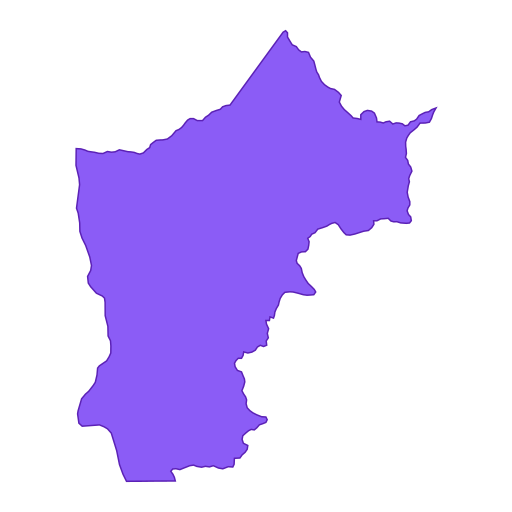 Quiterianópolis, Ceará, Brazil (orthographic projection)
{"feature_id": "56859067B30046972557258", "entity_name": "Quiterianópolis", "entity_type": "district", "adm_level": 2, "iso_a3": "BRA", "parent_name": "Brazil", "parent_adm1": "Ceará", "projection": "orthographic", "projection_center": [-40.719, -5.874], "detail": "fine", "context": "isolated", "style": "filled", "palette": "violet", "viewbox_px": 512, "rotation_deg": 0, "n_neighbors": 0, "source": "geoboundaries", "source_scale": "gbopen_adm2", "svg_char_len": 4078}
<svg xmlns="http://www.w3.org/2000/svg" viewBox="0 0 512 512"><path d="M78.9,423.2L82.2,426.2L99.5,424.9L104.1,426.8L107.5,428.8L111.3,433.1L116.7,450.7L119.5,464.6L123.0,474.2L126.5,481.3L144.9,481.2L150.6,481.1L170.3,481.0L175.3,481.0L174.4,477.4L172.9,474.2L170.8,471.3L172.7,469.0L175.9,468.7L179.9,469.6L184.1,467.9L186.7,466.9L189.7,465.7L193.6,465.1L196.8,466.4L201.6,467.2L205.4,466.3L209.5,466.9L213.3,465.7L218.4,468.0L222.8,468.8L228.2,466.7L232.8,467.0L234.1,464.3L234.4,458.3L239.9,458.0L242.1,454.9L245.1,452.3L247.2,449.3L247.8,445.5L243.4,443.3L242.1,439.4L242.8,435.7L245.8,433.0L248.6,430.7L251.2,429.4L254.3,429.9L256.8,427.8L259.4,424.8L262.7,423.7L265.9,422.4L267.2,419.7L265.9,417.0L261.5,416.7L256.5,414.7L252.8,412.8L249.8,410.6L247.2,407.8L246.1,403.7L246.6,399.9L245.6,396.9L243.7,394.1L241.9,390.7L243.7,386.1L244.8,381.9L244.4,378.9L243.1,375.9L241.5,371.9L237.4,370.4L235.1,366.7L234.5,363.2L236.0,360.6L238.2,358.3L241.5,358.3L243.1,355.4L243.7,351.9L247.8,353.0L251.9,352.1L255.3,350.2L257.4,347.0L260.3,345.3L263.6,346.5L266.7,345.2L266.2,341.0L268.3,337.8L267.3,333.4L268.6,328.7L266.5,324.1L265.9,320.5L269.4,320.5L270.0,316.9L273.5,318.1L274.4,315.5L274.9,312.0L276.4,308.4L278.4,305.1L279.1,301.9L280.2,298.4L282.3,294.9L284.9,292.3L289.9,291.8L293.1,292.0L298.4,293.3L303.3,294.7L307.0,295.2L310.4,295.0L313.8,294.7L315.7,292.0L314.3,289.5L312.1,287.2L308.2,283.5L305.8,280.0L303.8,276.7L302.2,272.7L301.3,268.4L299.7,265.8L297.1,263.3L296.3,260.6L297.2,257.1L298.2,253.4L301.5,251.9L305.4,251.7L307.9,249.2L308.7,245.4L309.1,241.7L307.7,238.3L310.2,236.5L311.7,234.2L315.0,232.7L317.8,229.1L322.7,227.6L326.9,226.1L329.4,224.5L331.9,223.3L335.1,222.5L338.3,224.7L341.0,228.9L343.9,232.6L346.2,234.8L350.0,235.1L354.9,234.0L359.9,232.4L363.7,231.2L368.4,230.5L371.7,227.7L373.9,224.3L373.6,220.8L376.9,220.8L380.7,218.9L384.2,218.7L388.2,218.3L390.9,221.0L393.7,221.8L396.9,221.7L400.7,222.9L406.3,223.3L409.5,223.0L411.3,220.7L410.7,216.9L408.5,214.5L407.1,210.8L408.0,207.9L409.8,204.9L409.8,201.6L408.1,197.0L407.2,192.3L407.8,188.7L408.3,185.7L409.4,181.8L408.7,178.7L409.7,175.6L411.9,171.1L410.7,167.0L408.4,164.0L407.7,160.4L405.5,157.4L406.4,153.5L406.1,149.2L405.7,146.3L405.6,142.1L406.8,138.0L408.4,135.3L410.2,132.8L414.1,129.7L417.0,127.2L420.0,123.1L425.3,123.0L429.4,122.2L431.4,118.6L432.6,114.9L433.8,111.9L436.0,108.0L431.7,109.6L428.7,111.8L425.2,112.4L422.3,113.8L419.1,115.5L416.6,119.2L414.2,120.9L410.5,121.8L408.0,125.2L404.9,125.8L402.3,123.8L399.1,123.1L396.1,122.9L392.8,124.0L389.6,121.2L385.9,121.8L383.3,123.0L380.2,122.1L377.0,121.9L376.5,118.0L374.4,113.1L371.6,111.1L367.4,110.4L364.0,111.6L360.8,114.7L360.8,119.4L357.2,118.5L353.1,118.0L351.1,115.7L347.6,112.5L344.3,109.6L341.5,106.2L339.3,102.1L341.2,95.5L338.5,92.4L334.5,89.4L330.4,88.5L327.7,87.0L324.5,84.7L321.4,81.4L319.5,77.6L318.5,74.7L316.8,72.1L315.9,69.2L314.9,65.2L313.8,61.1L310.5,57.2L308.5,52.4L304.9,51.5L301.4,51.9L298.6,49.8L296.3,46.6L292.2,44.8L289.6,40.6L287.5,37.0L287.5,32.8L285.6,30.7L283.1,32.2L230.0,105.1L225.9,105.6L222.6,106.8L220.3,109.3L216.6,110.4L211.7,112.2L208.6,115.2L205.5,117.2L202.5,120.6L197.3,120.6L193.5,118.6L190.1,118.6L187.6,120.1L185.3,122.8L183.6,125.2L181.6,127.5L179.1,129.4L176.0,130.7L171.8,135.7L167.4,139.0L162.8,139.9L159.6,140.0L156.2,140.3L153.2,142.5L150.6,144.6L149.7,147.6L146.8,149.5L143.4,152.9L139.8,154.1L137.1,153.5L134.2,152.4L130.8,151.9L127.9,151.7L123.0,150.6L119.4,149.8L115.2,151.8L111.5,152.2L107.4,151.5L103.0,153.5L98.7,153.3L94.6,152.3L90.9,151.8L87.8,151.3L84.8,150.0L80.9,148.9L76.2,148.6L76.0,165.4L79.0,178.0L79.6,184.7L76.5,208.2L78.2,213.1L79.7,222.9L79.9,231.4L82.0,238.0L85.7,245.5L89.8,257.1L91.5,265.5L90.7,270.5L87.6,276.4L88.3,283.1L90.7,286.8L96.4,293.2L102.3,296.0L104.5,298.1L105.1,302.3L105.2,315.7L107.9,326.4L108.1,336.0L110.5,340.8L110.9,346.0L110.8,353.0L109.1,356.8L106.6,360.9L99.4,365.8L97.6,368.1L97.0,375.0L95.3,382.3L93.3,385.4L88.7,391.3L85.5,394.1L81.6,398.8L78.1,410.8L77.6,413.9L78.9,423.2Z" fill="#8b5cf6" stroke="#5b21b6" stroke-width="1.5"/></svg>